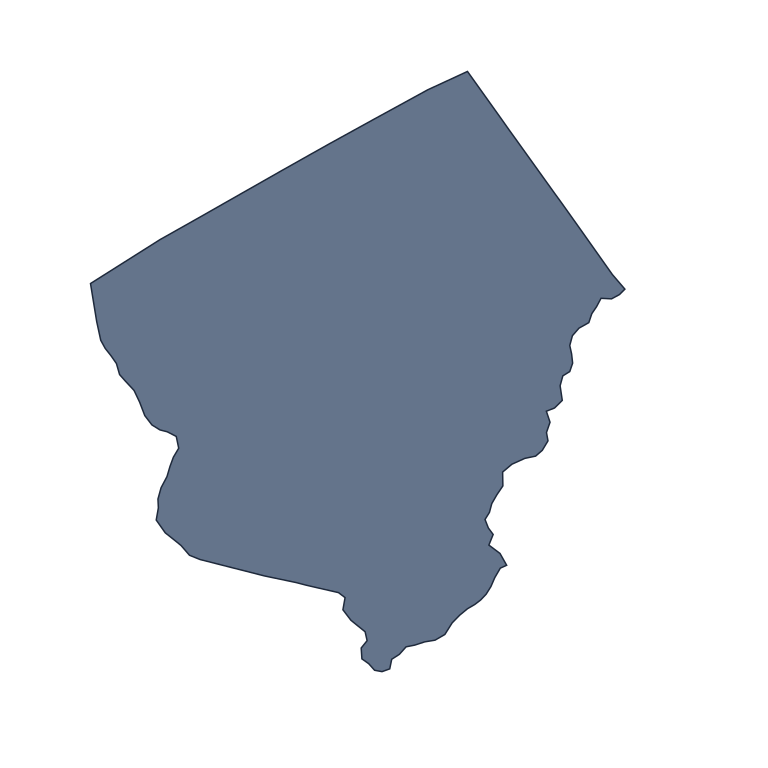 Paty do Alferes, Rio de Janeiro, Brazil, rotated 343°
{"feature_id": "56859067B81747840806563", "entity_name": "Paty do Alferes", "entity_type": "district", "adm_level": 2, "iso_a3": "BRA", "parent_name": "Brazil", "parent_adm1": "Rio de Janeiro", "projection": "natural_earth1", "projection_center": [-43.404, -22.378], "detail": "fine", "context": "isolated", "style": "filled", "palette": "slate", "viewbox_px": 768, "rotation_deg": 343, "n_neighbors": 0, "source": "geoboundaries", "source_scale": "gbopen_adm2", "svg_char_len": 1527}
<svg xmlns="http://www.w3.org/2000/svg" viewBox="0 0 768 768"><g transform="rotate(343 384 384)"><path d="M448.3,593.2L445.4,580.0L437.2,568.7L444.4,559.8L441.7,552.2L441.0,543.1L447.3,537.6L452.1,529.9L459.6,522.9L467.9,516.2L471.7,502.9L482.9,498.1L496.9,496.3L507.9,497.3L516.0,493.7L524.2,486.3L525.2,477.9L531.6,469.1L531.3,457.5L540.1,456.8L549.7,451.8L551.9,437.2L557.4,428.5L565.3,426.4L570.5,419.2L572.2,410.1L572.9,401.5L578.3,392.9L586.8,387.6L597.8,385.2L603.3,377.5L609.9,372.2L616.6,365.5L626.5,369.1L635.4,367.3L642.1,363.7L634.4,346.1L617.0,293.4L606.7,262.5L602.9,251.5L580.9,186.3L577.9,177.5L573.8,165.0L555.2,109.5L512.0,115.4L453.0,127.6L402.5,138.2L381.8,142.7L348.6,150.0L251.7,171.7L212.1,180.4L132.7,202.1L127.5,240.3L125.9,259.4L127.8,268.5L131.1,276.9L134.1,286.2L133.9,297.7L137.5,305.6L143.1,317.1L145.0,329.9L146.0,344.3L150.1,355.3L156.3,362.4L162.7,366.3L170.0,373.4L168.9,385.4L161.2,392.4L155.2,400.3L149.4,409.1L140.5,418.0L134.2,427.9L132.0,436.5L126.4,447.5L131.3,462.4L137.1,470.8L142.7,479.1L147.9,490.9L156.8,498.1L213.4,532.5L242.1,548.3L250.7,553.6L261.4,559.8L279.5,570.2L284.3,576.9L278.7,587.9L283.3,600.3L288.0,607.3L293.5,615.4L292.8,624.5L285.0,629.8L282.5,640.4L287.6,647.0L291.3,655.0L298.0,658.5L306.2,658.1L310.9,649.5L319.7,647.0L328.3,641.8L337.1,642.7L347.5,642.5L357.9,643.9L369.0,641.3L379.3,632.4L388.8,627.2L398.2,623.3L406.3,621.4L413.3,618.8L420.2,614.9L427.0,609.0L433.3,601.6L441.4,594.1L448.3,593.2Z" fill="#64748b" stroke="#1e293b" stroke-width="1.5"/></g></svg>